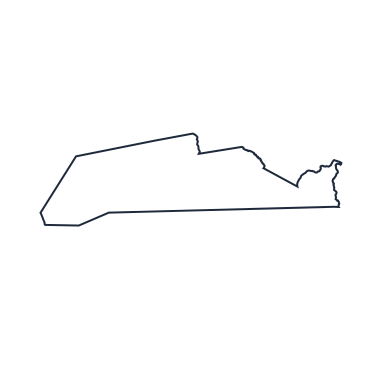 General Lamadrid, La Rioja, Argentina, rotated 146°
{"feature_id": "61730980B10920715294308", "entity_name": "General Lamadrid", "entity_type": "district", "adm_level": 2, "iso_a3": "ARG", "parent_name": "Argentina", "parent_adm1": "La Rioja", "projection": "robinson", "projection_center": [-69.375, -28.709], "detail": "fine", "context": "isolated", "style": "outline", "palette": "slate", "viewbox_px": 384, "rotation_deg": 146, "n_neighbors": 0, "source": "geoboundaries", "source_scale": "gbopen_adm2", "svg_char_len": 5145}
<svg xmlns="http://www.w3.org/2000/svg" viewBox="0 0 384 384"><g transform="rotate(146 192 192)"><path d="M158.9,240.1L193.9,255.3L268.2,286.4L329.2,259.5L329.4,257.9L329.6,257.1L329.7,256.4L330.1,254.9L330.4,253.3L330.8,251.8L331.1,250.3L331.4,248.8L332.1,248.0L332.1,246.8L304.6,227.5L272.5,221.4L82.8,100.5L78.8,97.6L78.8,97.8L78.7,98.1L78.7,98.3L78.5,98.5L78.3,98.6L78.2,98.7L77.9,99.0L77.5,99.2L77.4,99.3L77.3,99.6L77.1,99.8L76.8,99.8L76.7,99.8L76.3,100.2L76.2,100.9L76.2,101.1L76.0,101.6L75.9,101.7L76.0,102.3L76.0,102.6L75.7,103.1L75.8,103.3L76.1,103.3L76.4,103.4L76.5,103.5L76.4,104.3L76.5,104.7L76.6,105.0L76.8,105.3L76.9,105.7L76.8,105.8L76.7,105.9L76.6,106.1L76.1,106.5L75.9,106.7L75.8,107.0L75.7,107.1L75.3,107.6L75.2,107.9L75.1,108.3L75.1,108.5L75.0,108.9L74.8,109.1L74.6,109.4L74.1,109.6L73.9,109.6L73.5,109.9L73.2,110.0L72.7,110.4L72.5,110.7L72.3,111.3L72.3,111.9L72.4,112.2L72.6,112.7L72.8,113.5L73.0,113.9L73.1,114.1L73.0,114.3L72.8,114.7L72.4,115.2L71.8,115.8L71.7,115.9L71.6,116.5L71.4,116.6L71.2,116.9L71.2,117.2L71.1,117.6L71.0,118.1L71.0,118.3L70.9,118.6L70.6,118.8L70.5,119.0L69.8,119.3L69.7,119.6L69.6,119.9L69.9,120.8L69.8,121.1L69.5,121.6L69.4,121.8L69.4,122.4L69.2,122.6L68.8,122.9L68.3,123.4L68.3,123.5L68.1,123.7L67.3,123.7L67.2,123.7L66.8,123.7L66.7,123.8L66.6,124.0L66.4,124.1L65.9,124.2L65.7,124.1L65.1,124.5L64.9,124.6L64.5,124.7L64.3,124.7L63.8,124.9L63.6,125.0L63.3,125.3L63.2,125.3L62.6,125.9L62.3,126.2L62.2,126.2L61.9,126.2L60.7,126.4L60.5,126.6L60.4,126.7L60.1,126.7L60.0,126.8L59.9,127.1L59.8,127.5L59.6,127.8L59.4,128.2L59.4,128.7L59.5,129.0L59.6,129.3L59.5,129.8L59.5,130.2L59.5,130.5L59.4,130.7L59.2,131.4L58.9,131.9L58.4,132.8L58.2,133.0L58.0,133.3L57.9,133.7L57.9,134.0L57.7,134.1L57.3,134.0L56.8,134.3L56.5,134.4L56.1,134.4L55.1,133.6L54.5,133.3L54.2,133.0L54.0,132.6L53.7,131.6L53.3,131.6L53.1,131.6L52.7,131.8L52.2,132.4L51.9,132.6L52.7,134.3L56.4,139.0L56.7,139.0L57.0,138.8L57.4,138.7L57.9,138.7L58.3,138.6L58.6,138.4L58.9,138.3L59.2,138.1L59.5,137.8L59.8,137.7L60.0,137.5L60.9,137.2L61.2,137.1L61.9,136.5L62.2,136.5L62.4,136.5L62.5,136.5L63.0,136.6L63.4,136.6L63.5,136.7L64.1,136.6L64.3,136.6L64.6,136.7L64.7,136.8L64.8,136.9L64.9,137.0L65.1,137.2L65.6,137.7L65.7,137.9L66.1,138.2L66.4,138.3L67.1,138.4L67.2,138.5L67.7,139.0L67.9,139.2L68.5,139.7L68.5,139.9L69.1,140.7L69.2,140.8L69.6,141.1L69.8,141.1L70.0,141.2L70.3,141.3L70.9,141.3L71.3,141.2L71.5,140.9L71.7,140.6L71.7,140.4L71.7,140.1L71.8,139.7L72.0,139.6L72.5,139.2L72.8,138.8L73.2,138.5L74.0,138.5L74.5,138.3L74.8,138.0L75.3,138.3L75.8,138.5L77.7,138.3L77.9,138.5L78.2,138.9L78.3,138.9L78.6,139.2L78.8,139.3L79.0,139.6L79.2,140.0L79.3,140.4L79.4,140.8L79.5,141.1L80.1,141.4L80.3,141.7L80.4,142.1L80.6,142.3L80.9,142.5L81.3,142.6L81.5,142.8L82.0,143.3L82.3,143.7L82.9,144.3L83.6,144.7L84.6,145.0L85.5,144.9L86.1,144.7L87.3,144.5L87.5,144.4L88.5,144.5L88.9,144.6L89.2,144.6L90.1,144.6L90.4,144.5L91.0,144.5L91.7,144.5L92.3,144.4L94.3,143.0L94.6,142.8L94.8,142.8L95.4,142.8L96.2,142.5L96.5,142.3L97.1,142.1L98.1,141.4L99.3,140.8L99.5,140.5L100.3,139.8L100.5,139.5L100.7,139.2L100.8,139.0L100.9,138.9L101.2,138.4L101.5,137.9L101.6,137.6L119.3,171.5L119.1,171.5L118.9,172.0L118.5,172.2L118.1,172.3L117.8,172.5L117.7,172.7L117.4,172.9L117.1,173.3L117.1,173.5L117.2,174.1L117.1,174.4L117.1,174.6L117.1,175.2L117.1,175.3L117.3,175.4L117.4,175.5L117.3,175.9L117.3,176.0L117.3,176.4L117.3,176.5L117.5,176.7L117.5,176.8L117.4,177.3L117.3,177.5L117.5,178.0L117.5,178.4L117.4,178.5L117.4,179.0L117.2,179.2L117.2,179.5L117.0,179.8L117.0,180.2L117.2,180.4L117.1,180.5L116.9,181.0L117.1,181.0L117.1,181.4L117.2,181.9L117.5,182.2L117.6,182.4L117.7,182.5L117.6,182.9L117.7,183.0L117.9,183.0L117.8,183.4L117.9,183.5L117.8,183.8L117.7,183.8L117.7,184.0L117.8,184.0L117.9,183.8L118.0,183.8L118.2,184.0L118.0,184.4L117.9,184.6L118.1,184.8L118.3,185.0L118.3,185.3L118.2,185.6L118.2,185.8L118.2,186.0L118.2,186.4L118.3,186.5L118.5,186.5L118.6,186.8L118.2,186.8L118.2,187.1L118.3,187.5L118.7,187.8L118.8,188.0L119.0,188.1L119.2,188.5L119.2,188.8L119.2,189.1L118.8,189.4L118.8,189.6L119.0,189.7L119.2,190.3L119.2,190.5L119.4,190.9L119.6,191.2L119.7,191.8L119.9,192.2L120.1,192.4L120.5,192.7L120.6,192.9L120.7,193.0L120.8,193.4L120.8,193.5L121.0,193.8L121.7,194.2L122.2,194.3L122.6,194.5L122.6,194.9L122.6,195.1L122.5,195.4L122.8,195.7L123.1,195.9L123.1,196.0L123.3,196.1L123.4,196.3L123.5,196.4L123.7,196.7L124.1,196.9L124.2,197.1L124.2,197.3L124.3,197.5L124.6,198.0L124.7,198.4L124.9,198.6L124.9,198.8L125.1,199.1L124.9,199.6L124.6,199.9L124.6,200.0L124.8,200.2L125.0,200.8L125.4,201.1L125.6,201.4L125.6,201.6L165.1,219.9L164.7,220.2L164.4,220.3L163.5,220.4L163.1,220.9L162.8,221.7L162.8,222.6L162.7,222.9L162.7,223.3L162.6,223.7L162.3,224.5L161.8,225.1L161.3,226.2L161.1,226.6L161.1,227.5L161.2,228.4L160.4,229.4L159.5,230.1L159.1,230.3L158.8,230.7L158.7,231.3L158.6,232.6L158.5,233.1L158.2,233.3L157.8,233.4L157.6,233.6L157.3,233.9L156.9,234.3L156.8,234.6L156.9,235.7L157.1,236.7L157.1,237.0L157.4,237.5L157.5,237.9L157.7,238.0L157.9,238.5L158.0,238.9L158.3,239.2L158.4,239.6L158.6,239.9L158.9,240.1Z" fill="none" stroke="#1e293b" stroke-width="2"/></g></svg>